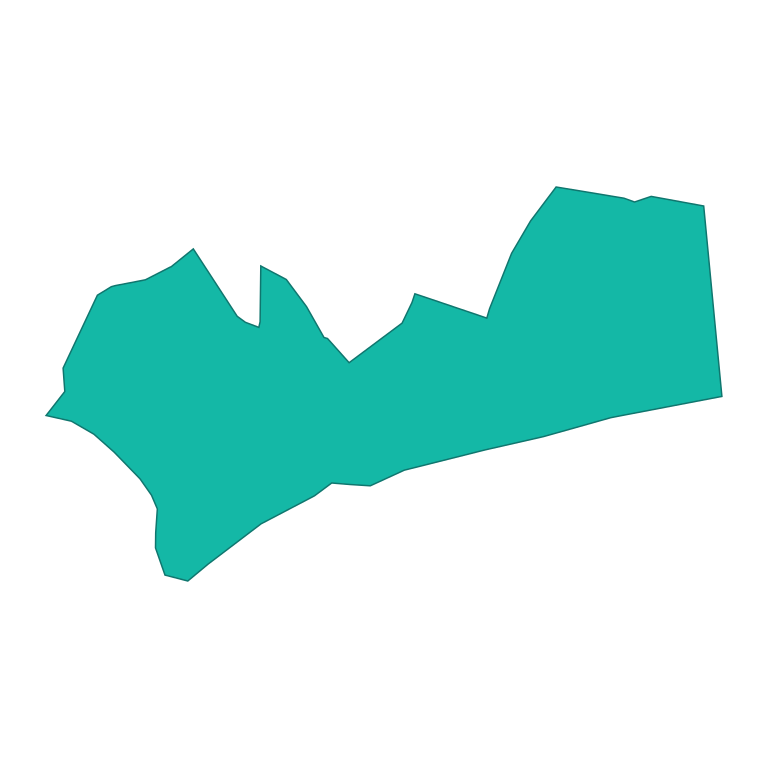 outline of Eastern Obolo, Akwa Ibom, Nigeria
{"feature_id": "59680162B7891718144591", "entity_name": "Eastern Obolo", "entity_type": "district", "adm_level": 2, "iso_a3": "NGA", "parent_name": "Nigeria", "parent_adm1": "Akwa Ibom", "projection": "equal_earth", "projection_center": [7.662, 4.523], "detail": "fine", "context": "isolated", "style": "filled", "palette": "teal", "viewbox_px": 768, "rotation_deg": 0, "n_neighbors": 0, "source": "geoboundaries", "source_scale": "gbopen_adm2", "svg_char_len": 821}
<svg xmlns="http://www.w3.org/2000/svg" viewBox="0 0 768 768"><path d="M46.1,415.5L71.4,421.2L93.9,434.2L114.1,452.1L140.0,478.8L151.5,495.2L157.3,508.8L157.3,509.5L155.7,532.8L155.5,547.9L165.0,575.1L187.8,581.0L208.1,564.1L261.1,523.8L314.5,495.8L331.7,483.0L350.0,484.5L370.3,485.8L404.2,470.2L485.5,449.8L543.5,436.6L610.7,417.7L623.0,415.3L721.9,396.4L703.7,206.0L701.0,205.5L651.2,196.4L634.5,202.0L624.0,198.2L556.1,187.0L530.6,220.9L511.6,253.3L489.6,308.6L486.8,318.1L428.0,298.2L414.9,293.8L412.0,302.5L402.1,323.1L349.1,362.7L327.5,338.5L324.0,337.5L306.5,306.6L286.3,279.5L260.8,266.0L260.1,321.8L258.8,327.4L245.4,322.3L237.2,316.3L193.3,248.9L171.1,266.8L170.2,267.1L145.4,279.8L115.3,285.6L111.3,286.7L97.4,295.2L63.1,368.1L64.8,391.5L46.1,415.5Z" fill="#14b8a6" stroke="#0f766e" stroke-width="1.5"/></svg>